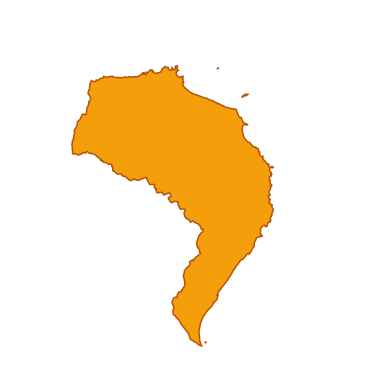 Sao Joao Baptista, Boa Vista, Cabo Verde (orthographic projection), rotated 335°
{"feature_id": "66160863B76154481217824", "entity_name": "Sao Joao Baptista", "entity_type": "district", "adm_level": 2, "iso_a3": "CPV", "parent_name": "Cabo Verde", "parent_adm1": "Boa Vista", "projection": "orthographic", "projection_center": [-22.721, 16.095], "detail": "fine", "context": "isolated", "style": "filled", "palette": "amber", "viewbox_px": 384, "rotation_deg": 335, "n_neighbors": 0, "source": "geoboundaries", "source_scale": "gbopen_adm2", "svg_char_len": 6037}
<svg xmlns="http://www.w3.org/2000/svg" viewBox="0 0 384 384"><g transform="rotate(335 192 192)"><path d="M135.6,335.6L136.0,330.8L139.3,321.4L144.2,314.5L149.3,309.9L154.4,306.7L161.9,303.7L165.9,301.0L168.6,300.4L171.0,298.0L171.2,296.9L171.6,296.7L171.3,296.4L171.6,296.4L171.8,295.7L172.3,295.9L172.6,294.6L173.2,294.0L185.9,287.4L192.5,283.4L195.3,281.1L198.0,279.5L198.3,279.7L200.9,277.6L203.2,276.8L207.4,274.3L208.7,274.1L209.4,274.5L215.9,271.6L217.2,271.5L217.7,271.9L217.6,272.3L218.9,271.8L218.9,271.3L220.6,270.9L223.0,268.7L225.4,267.4L227.3,263.9L229.1,262.8L230.7,261.1L233.0,260.6L234.4,261.5L235.1,261.0L237.0,261.7L237.1,260.9L236.4,259.9L236.8,257.9L238.6,254.5L240.0,253.2L242.8,252.6L244.2,253.2L243.9,254.4L245.1,254.8L245.7,254.6L247.6,252.1L248.5,251.8L249.3,252.1L249.7,251.8L249.7,252.2L250.5,252.0L250.6,251.2L251.4,251.0L251.6,249.5L252.5,248.3L254.5,247.0L254.8,245.5L255.5,245.4L256.1,244.8L256.1,244.4L257.0,244.1L258.2,242.1L258.2,238.6L259.0,237.9L259.1,237.2L257.8,236.1L257.5,234.9L258.1,234.2L257.6,233.9L258.5,232.1L259.4,232.2L259.8,231.8L259.1,231.0L259.1,229.0L259.6,227.9L261.3,228.0L261.7,227.5L261.3,227.1L261.8,224.0L264.5,222.3L265.7,220.4L265.4,219.6L265.8,219.3L266.8,220.0L267.2,219.7L266.7,217.8L266.7,215.6L267.8,214.9L267.3,213.9L268.0,211.9L269.1,211.1L270.4,211.0L270.8,210.7L270.6,210.2L271.8,209.6L271.0,209.0L272.0,207.6L271.5,207.0L271.3,205.8L272.4,203.6L273.2,202.9L275.3,204.1L276.1,203.9L275.2,202.5L273.6,203.0L272.2,201.5L272.5,200.0L273.1,200.1L273.4,199.4L272.0,197.7L270.7,193.6L270.4,191.4L270.6,190.7L271.4,189.8L270.1,189.3L269.1,186.5L269.2,185.7L270.2,184.8L270.2,184.0L269.7,183.4L270.3,180.8L270.0,180.2L269.1,179.8L269.0,179.1L268.3,178.9L268.5,178.2L267.0,177.2L265.7,174.0L265.5,172.3L264.7,171.0L263.7,170.4L262.3,165.4L262.4,161.6L262.8,161.1L263.0,158.9L264.6,155.2L265.7,153.7L266.6,153.0L268.0,153.1L270.2,154.6L270.8,154.5L270.2,153.4L268.7,152.0L267.8,150.0L268.1,145.4L266.6,143.8L266.4,142.6L266.9,135.5L263.3,133.4L257.6,128.7L257.3,127.7L256.5,127.3L256.6,126.9L254.4,124.7L254.3,123.9L253.4,123.4L253.2,122.8L252.3,122.7L252.1,121.6L249.6,119.0L249.7,118.4L250.0,118.7L249.7,118.3L246.5,115.5L244.9,113.1L243.9,112.9L242.4,111.0L240.8,110.0L240.3,109.0L234.8,103.7L232.3,100.5L229.3,94.0L229.0,91.3L229.3,89.7L230.5,89.4L231.0,88.9L230.6,87.7L231.4,86.6L231.2,85.3L232.3,84.4L232.7,83.2L231.7,83.5L230.9,82.9L229.6,83.0L228.0,81.2L227.5,79.6L228.2,77.0L229.9,76.0L231.0,76.0L230.7,75.5L231.0,73.3L232.1,71.8L231.8,71.2L230.5,71.1L229.5,71.4L229.2,73.5L227.8,73.8L226.4,72.9L226.8,72.1L226.6,71.3L226.3,72.4L225.8,71.9L225.8,72.7L224.9,72.9L223.2,71.8L222.6,70.5L222.7,69.8L223.2,69.4L222.0,68.2L220.4,67.4L220.4,66.9L216.6,68.0L214.9,69.9L213.0,70.0L210.0,69.3L208.0,68.2L207.6,67.6L208.1,66.6L207.5,66.5L207.5,65.4L207.0,65.7L207.1,64.4L205.9,64.1L205.8,63.7L202.6,65.0L201.7,64.8L201.4,64.3L200.9,65.6L200.2,66.0L199.4,65.8L199.2,65.1L198.4,65.1L198.6,64.6L198.3,64.5L199.2,63.8L197.9,63.1L194.3,64.5L190.4,64.2L189.7,63.5L186.7,62.8L183.7,60.9L181.9,60.9L179.7,59.2L176.5,59.0L175.6,58.1L171.1,55.9L169.1,54.2L168.6,53.2L164.2,52.3L161.9,51.1L161.1,49.8L160.5,50.0L160.3,51.0L159.5,51.3L158.7,51.2L158.1,50.4L153.9,50.9L152.6,50.1L152.2,50.9L151.3,51.0L149.3,50.2L148.0,48.4L145.0,51.2L142.5,55.3L139.5,58.2L140.0,62.6L139.5,65.0L137.5,66.4L136.6,66.5L135.8,68.5L132.1,71.8L129.0,76.8L127.9,76.8L126.9,75.8L125.5,75.2L121.3,78.8L119.5,79.8L118.1,79.6L116.0,82.9L113.9,84.8L111.7,85.9L110.7,87.9L110.7,89.0L108.5,91.1L108.2,92.2L107.6,92.5L107.5,93.3L106.9,94.0L105.2,95.0L104.6,96.4L102.9,98.6L102.6,100.8L101.5,102.5L101.4,103.9L100.1,106.3L100.4,107.5L102.2,107.7L104.6,110.6L106.0,110.4L107.1,110.9L109.1,110.5L109.7,110.0L112.0,111.8L112.6,111.2L114.2,111.1L115.1,113.2L116.2,113.6L116.3,114.4L117.4,114.7L119.8,116.9L120.8,119.9L121.7,120.5L122.3,122.8L123.2,123.7L123.4,124.5L122.8,124.6L122.7,125.3L124.4,126.2L124.1,126.7L124.4,127.6L125.1,128.4L126.6,128.8L128.0,131.7L130.4,132.4L130.9,133.5L130.3,134.1L130.2,135.4L130.7,136.5L130.1,137.1L129.2,139.3L130.3,140.4L131.2,142.2L131.3,143.2L132.4,144.6L134.9,145.2L135.5,146.1L135.3,146.6L135.9,147.4L136.0,148.4L137.8,149.5L139.1,151.8L138.9,152.3L139.5,153.2L140.1,153.3L140.2,155.0L142.2,156.1L143.2,155.5L145.8,156.3L146.4,157.6L148.8,158.8L150.5,159.0L152.0,158.6L153.4,159.2L156.6,159.2L156.5,159.9L156.9,160.6L156.5,161.2L156.7,167.2L159.2,168.5L160.3,168.7L161.3,169.8L159.8,171.6L160.1,173.6L161.0,174.1L160.1,174.9L160.3,176.1L159.9,178.0L164.1,179.3L164.8,180.0L164.8,181.5L165.4,182.9L166.2,182.6L168.2,183.1L169.5,182.7L171.6,184.0L171.2,187.3L168.4,187.1L167.8,188.2L167.6,188.8L168.1,189.2L168.2,190.5L168.0,191.2L169.1,193.2L171.3,193.0L173.2,193.5L175.0,195.0L174.6,197.1L173.8,198.1L174.5,200.0L173.8,201.3L174.8,203.2L176.6,203.3L178.3,205.0L178.0,205.9L176.2,207.3L175.7,208.6L175.1,210.8L175.4,213.0L175.7,213.8L177.7,215.6L177.7,218.7L180.7,218.6L181.2,219.1L181.4,220.5L183.8,223.0L184.5,225.1L185.0,225.7L184.7,229.9L186.2,230.6L184.5,232.9L182.7,233.0L179.9,234.6L174.9,239.6L174.8,241.2L173.9,241.8L173.7,242.4L174.1,243.4L173.5,244.8L174.2,245.6L174.3,247.6L174.3,248.2L173.6,248.9L173.6,251.4L167.6,252.8L164.8,254.1L164.1,254.9L163.6,253.8L160.4,254.2L160.1,255.5L159.1,257.1L157.7,257.9L155.1,258.3L151.6,260.6L150.4,262.7L148.8,263.9L148.0,268.2L146.2,273.8L143.4,275.2L142.2,276.3L141.5,276.3L141.3,277.2L139.4,277.6L138.2,277.0L137.3,277.3L136.6,278.2L134.9,279.1L134.7,280.4L134.1,281.2L133.4,281.2L132.8,280.4L131.4,280.2L129.8,280.9L127.6,283.1L126.9,285.0L127.2,288.7L126.1,289.5L124.0,292.6L123.3,295.4L124.7,297.3L124.6,298.8L126.0,302.5L126.4,307.7L128.5,316.6L128.9,319.3L128.3,325.1L129.6,326.4L130.6,328.5L132.4,330.6L133.5,333.4L135.6,335.6ZM283.9,127.1L281.7,125.9L280.2,126.4L278.7,126.3L277.0,127.4L280.4,126.9L281.7,127.6L283.9,127.1ZM141.2,333.7L140.3,334.1L140.5,334.8L140.6,334.3L141.0,334.4L141.4,334.0L141.2,333.7ZM268.3,90.8L267.6,90.5L267.2,90.9L268.0,91.1L268.3,90.8Z" fill="#f59e0b" stroke="#b45309" stroke-width="1.5"/></g></svg>